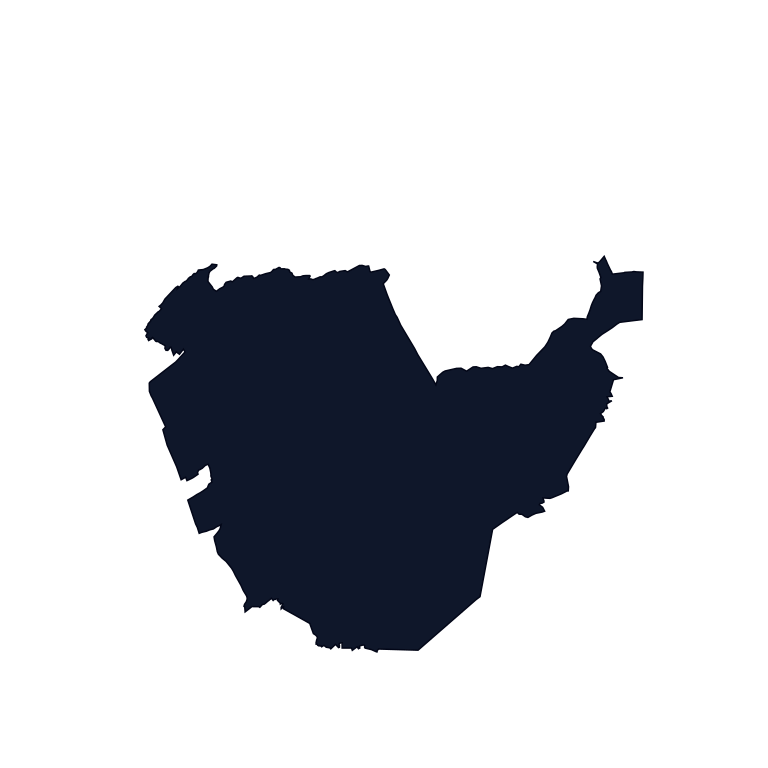 Tlayacapan, Morelos, Mexico (Robinson projection), rotated 224°
{"feature_id": "50627088B24291222836000", "entity_name": "Tlayacapan", "entity_type": "district", "adm_level": 2, "iso_a3": "MEX", "parent_name": "Mexico", "parent_adm1": "Morelos", "projection": "robinson", "projection_center": [-98.969, 18.943], "detail": "fine", "context": "isolated", "style": "filled", "palette": "ink", "viewbox_px": 768, "rotation_deg": 224, "n_neighbors": 0, "source": "geoboundaries", "source_scale": "gbopen_adm2", "svg_char_len": 6147}
<svg xmlns="http://www.w3.org/2000/svg" viewBox="0 0 768 768"><g transform="rotate(224 384 384)"><path d="M597.8,320.6L598.3,319.6L598.8,316.9L598.4,312.7L598.8,309.0L599.3,309.8L599.3,311.1L599.7,311.2L600.2,311.1L600.8,308.7L600.6,293.0L599.5,288.7L599.4,285.6L599.7,283.6L596.3,283.6L596.2,280.1L596.6,279.1L596.8,274.3L596.2,271.8L596.0,270.2L596.3,268.5L595.6,267.0L595.5,263.5L594.7,262.1L594.4,260.9L594.3,259.9L593.6,259.3L593.8,257.0L592.3,256.6L589.5,256.7L589.5,256.1L588.7,253.3L587.1,252.7L584.9,253.6L584.9,252.3L583.5,251.8L582.9,253.9L582.4,255.2L583.0,256.3L582.9,256.7L580.0,256.5L578.1,256.2L577.3,256.4L576.3,257.4L575.5,257.8L574.0,257.9L568.3,259.5L567.4,258.9L566.3,257.4L564.2,256.8L562.9,258.0L563.0,260.8L563.4,261.9L562.7,262.6L560.5,261.3L560.3,261.1L555.3,258.6L555.7,262.8L551.8,263.3L552.5,269.7L552.0,269.5L550.7,269.3L549.4,268.7L549.1,258.2L549.1,255.0L550.0,249.1L553.7,223.3L553.5,221.6L547.7,215.8L543.4,213.8L540.7,213.0L511.3,201.5L511.3,197.5L497.5,189.4L475.6,180.4L463.4,174.2L461.9,179.1L458.6,177.6L456.8,182.4L456.2,184.4L455.1,189.9L456.7,190.9L457.5,193.1L456.9,194.7L456.2,197.1L456.0,201.3L454.8,204.1L451.0,202.6L447.6,200.3L445.4,198.6L445.4,198.4L444.5,197.5L441.6,196.2L441.7,195.0L439.6,193.9L440.4,190.3L439.6,188.2L438.9,186.8L439.4,184.0L440.0,180.9L440.7,178.0L441.8,174.6L442.8,170.2L444.5,164.2L422.3,152.5L418.7,151.2L413.2,148.2L412.0,150.8L409.5,154.7L408.0,158.1L406.0,161.3L405.2,165.2L404.2,167.6L403.5,169.8L401.5,166.3L400.8,164.0L400.4,160.6L400.1,156.0L397.0,153.7L391.6,150.5L387.4,147.6L384.8,146.5L379.2,146.3L374.4,146.7L365.6,145.6L362.0,144.6L357.7,143.0L347.0,139.8L341.8,137.7L335.7,136.1L333.9,135.1L332.9,134.0L331.8,131.7L331.3,128.7L330.3,126.8L329.2,126.8L325.6,123.6L324.9,128.2L324.4,132.1L319.3,136.9L318.2,137.1L318.3,140.9L317.2,142.5L316.9,144.5L316.7,147.2L316.5,147.8L316.4,149.2L316.1,151.7L313.4,151.3L313.4,152.6L312.5,153.7L312.0,155.0L310.9,155.7L310.4,154.4L306.4,154.3L305.7,153.7L305.5,154.6L304.9,155.4L304.4,155.1L303.9,155.5L302.8,151.9L301.8,150.9L301.8,152.5L301.4,153.9L300.3,152.5L271.1,160.2L261.4,155.4L258.8,155.9L256.7,155.8L255.5,155.0L254.5,152.8L253.9,152.0L253.4,151.0L252.1,149.7L251.4,150.4L250.2,150.0L249.1,150.3L248.7,151.2L247.9,151.1L247.3,152.1L246.3,151.7L245.6,154.3L242.7,154.5L239.7,156.6L238.3,156.5L238.0,163.0L233.6,162.8L233.2,163.6L234.4,165.0L235.7,165.5L235.6,167.1L235.2,167.9L234.3,168.8L233.8,168.1L230.7,165.0L223.9,171.5L221.8,170.4L220.8,176.3L218.5,175.8L218.0,177.3L219.6,178.2L218.7,180.2L217.6,181.9L216.3,182.5L215.0,181.1L214.1,180.9L208.6,184.2L203.3,186.1L202.9,186.6L203.7,187.2L203.8,189.6L174.6,216.2L168.0,292.7L167.2,297.7L204.9,354.9L202.8,366.0L199.0,384.2L196.4,384.2L194.2,386.1L190.1,386.7L187.8,388.0L186.5,392.5L184.9,396.5L181.3,401.7L180.1,404.1L184.2,405.5L188.4,405.0L188.8,406.4L187.5,408.1L186.9,410.2L187.9,411.1L189.8,412.0L190.5,412.5L185.2,417.0L184.3,418.6L180.1,428.2L178.4,433.1L178.3,433.8L177.2,435.1L179.9,438.3L187.6,443.7L188.4,444.2L189.2,445.6L189.7,446.4L193.8,463.9L196.3,475.1L197.0,478.6L199.6,489.5L201.7,499.1L201.5,499.3L201.8,499.9L205.0,503.7L204.7,504.0L199.9,510.3L201.1,511.5L203.1,511.8L203.3,512.5L205.7,512.6L207.7,513.0L207.1,516.5L208.0,520.2L207.3,521.4L206.6,521.1L206.4,522.0L208.3,522.7L209.6,524.1L210.0,524.4L208.6,529.6L208.9,529.7L210.3,527.8L211.7,528.7L214.7,529.7L211.3,533.7L214.0,534.8L216.1,535.3L221.9,546.5L216.4,554.5L219.8,551.6L230.7,549.6L234.8,550.2L234.7,551.2L240.6,553.9L245.2,555.6L249.1,556.1L257.4,553.6L259.3,553.6L261.7,554.5L263.1,559.9L262.9,560.4L262.4,564.6L262.3,566.1L261.7,571.2L260.0,578.3L258.9,583.3L258.1,588.8L257.3,592.1L248.9,602.5L243.1,609.6L266.0,633.9L271.2,639.8L275.4,644.4L280.2,640.1L282.4,638.5L283.5,636.8L288.4,631.5L288.4,631.0L296.0,621.7L298.9,623.0L299.8,623.1L307.0,625.8L309.9,627.1L310.4,627.2L314.3,628.8L313.8,621.9L313.9,620.5L314.1,619.8L314.4,619.5L315.4,618.9L318.6,617.5L313.8,618.7L312.1,616.5L311.0,615.5L306.8,613.7L302.0,611.3L301.6,609.7L295.7,605.7L292.5,601.2L292.6,600.6L293.2,598.6L293.1,595.2L292.2,592.9L291.4,590.1L290.4,587.1L289.2,584.2L287.4,580.7L285.9,577.3L284.5,573.7L283.0,571.5L286.1,569.2L293.1,563.1L296.3,558.4L295.7,552.7L296.0,549.1L297.6,541.5L298.5,540.0L298.6,537.4L297.0,533.4L295.3,528.4L295.0,527.2L294.1,522.4L294.1,510.7L293.1,498.7L295.6,495.5L299.3,493.3L299.0,490.0L300.7,489.0L302.6,484.7L306.6,483.0L309.8,481.9L310.9,478.4L314.5,475.2L316.6,470.5L320.6,468.3L325.1,462.7L329.6,460.5L331.8,458.1L333.5,450.6L339.5,448.9L342.7,445.6L349.1,435.8L349.9,433.3L350.2,430.0L350.5,426.1L348.1,423.5L346.1,419.4L351.9,421.2L380.2,428.6L386.7,430.8L412.8,437.9L420.9,441.1L424.1,441.8L426.2,442.7L429.8,444.2L434.7,446.4L438.8,448.2L444.1,450.6L454.2,455.6L454.2,460.5L454.6,462.5L455.9,466.1L462.7,467.2L463.9,466.9L466.8,462.0L470.9,455.7L471.5,455.3L472.1,455.2L473.0,455.7L477.0,458.2L477.3,458.0L478.9,455.8L482.0,454.2L484.0,452.2L488.2,439.2L490.7,438.6L494.1,434.1L494.6,432.1L496.1,431.4L498.1,431.4L498.6,430.6L501.1,425.9L502.1,423.3L502.6,419.6L503.2,417.8L504.4,416.7L505.5,414.0L506.3,412.4L506.6,411.5L507.4,410.0L508.4,409.2L509.6,408.8L511.2,407.2L512.1,410.3L512.8,410.4L515.3,408.0L517.4,405.6L518.5,403.2L520.3,401.3L522.2,399.2L525.0,398.8L527.2,399.8L529.8,399.2L531.1,400.1L532.8,399.7L534.5,398.3L535.8,397.6L538.0,395.3L539.7,395.4L540.5,394.9L541.7,391.0L542.9,389.8L543.0,389.1L542.8,386.8L543.1,385.3L545.8,381.1L548.2,376.5L549.4,375.7L549.6,372.7L550.3,370.9L551.2,369.4L552.9,370.0L554.2,370.0L554.9,369.1L559.6,364.2L560.2,361.3L561.0,360.2L563.2,359.2L563.6,358.1L564.0,352.3L565.8,351.6L568.2,347.5L567.9,345.0L567.0,343.3L567.2,341.6L568.3,338.5L569.0,334.2L572.6,333.6L575.0,334.5L581.4,335.4L582.0,335.6L583.7,337.5L584.8,339.0L584.7,339.2L584.9,339.4L585.5,340.0L586.9,342.2L587.5,344.1L586.9,348.3L586.5,349.1L586.4,350.6L586.4,352.7L587.1,353.6L591.0,350.7L590.9,348.2L591.1,347.0L591.6,345.0L593.5,340.8L596.7,337.0L596.3,335.9L595.9,334.1L596.2,332.4L597.3,331.6L597.4,330.1L597.1,328.7L597.2,327.5L597.8,326.5L598.1,323.9L597.8,323.1L597.8,320.6Z" fill="#0f172a" stroke="#020617" stroke-width="1.5"/></g></svg>